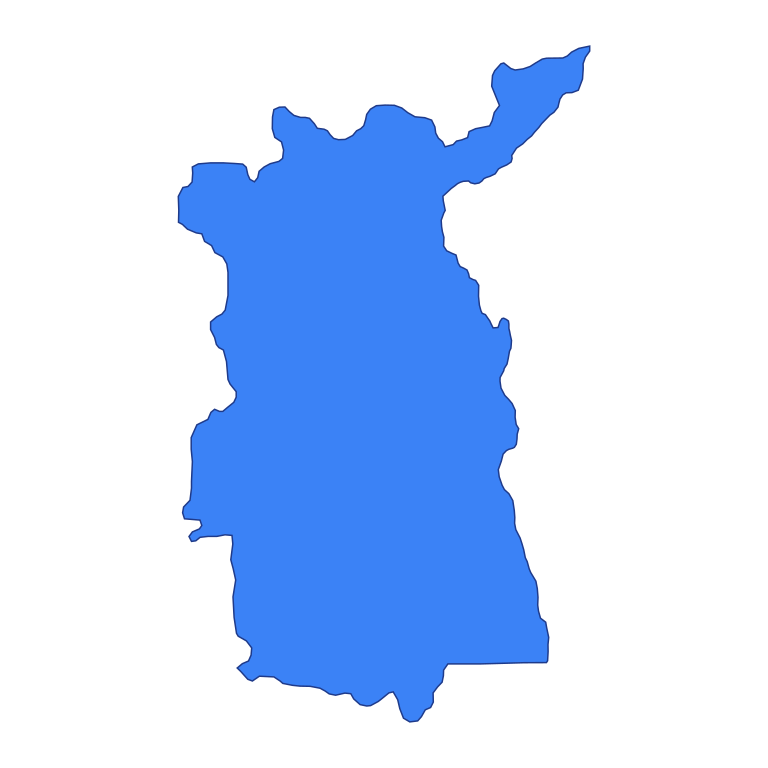 Petah Tiqwa, HaMerkaz, Israel
{"feature_id": "584046B54386898087809", "entity_name": "Petah Tiqwa", "entity_type": "district", "adm_level": 2, "iso_a3": "ISR", "parent_name": "Israel", "parent_adm1": "HaMerkaz", "projection": "mercator", "projection_center": [34.939, 32.126], "detail": "fine", "context": "isolated", "style": "filled", "palette": "blue", "viewbox_px": 768, "rotation_deg": 0, "n_neighbors": 0, "source": "geoboundaries", "source_scale": "gbopen_adm2", "svg_char_len": 4291}
<svg xmlns="http://www.w3.org/2000/svg" viewBox="0 0 768 768"><path d="M237.2,668.0L240.6,671.3L247.8,679.3L252.4,681.0L259.4,676.2L273.9,676.9L280.1,681.0L282.8,683.4L292.4,685.3L299.9,686.1L310.1,686.3L320.0,688.2L325.1,691.0L329.2,693.9L335.6,695.2L344.9,693.1L350.8,693.7L353.7,698.9L360.1,704.6L366.7,706.0L370.6,705.6L378.2,701.5L380.8,699.5L388.9,692.9L393.2,691.9L397.7,699.7L399.8,708.7L403.5,718.2L409.8,721.9L417.7,720.9L421.4,716.7L425.3,709.8L430.6,707.5L433.3,702.1L433.1,692.9L437.6,686.9L442.1,682.2L443.4,675.8L443.6,670.1L447.9,663.9L458.8,663.9L480.8,663.9L524.2,662.7L546.4,662.6L547.6,660.8L548.1,651.6L548.0,644.5L548.7,637.4L546.7,627.9L545.7,622.2L540.5,618.2L538.5,611.1L537.7,605.0L538.0,597.4L537.3,588.6L535.9,581.2L533.7,577.5L530.7,572.5L529.2,568.9L527.2,561.6L525.3,557.7L523.7,549.7L522.0,543.8L520.1,538.0L518.4,534.7L515.8,529.6L514.6,523.3L514.8,517.5L514.3,510.6L512.8,500.6L508.9,493.7L504.4,489.6L502.1,485.2L499.2,476.8L498.3,469.6L501.3,461.2L503.1,454.1L506.4,450.6L508.8,449.3L512.7,448.2L514.4,447.3L516.3,444.3L517.0,439.0L517.2,434.2L518.7,428.7L516.2,424.5L515.1,417.2L515.3,410.5L512.1,403.5L508.6,399.3L504.8,395.4L501.0,388.1L500.0,381.1L500.1,377.5L503.7,370.8L504.2,368.5L507.0,364.1L508.2,358.6L509.5,351.2L510.9,348.3L511.2,344.9L511.5,340.4L510.3,335.1L509.6,331.4L508.9,328.4L508.9,324.1L508.4,321.0L506.4,319.5L503.7,318.2L502.0,318.6L500.0,321.5L498.8,325.3L498.0,327.5L493.1,327.9L491.1,323.9L489.7,320.8L487.9,318.3L485.4,314.6L482.1,313.3L480.9,310.7L479.4,305.1L478.5,296.2L478.7,285.3L475.6,280.4L472.9,279.5L469.4,277.7L468.6,273.8L467.0,270.0L463.6,268.1L460.2,266.6L458.1,263.1L456.0,255.0L452.1,253.4L446.7,250.8L443.6,246.1L443.9,237.3L442.4,231.7L441.6,226.6L441.2,220.3L443.8,213.0L445.2,210.4L443.3,200.9L442.9,196.2L451.2,188.5L455.0,185.7L457.6,183.6L460.2,182.3L463.3,181.3L468.6,181.0L470.7,182.8L474.8,183.8L479.1,183.0L481.9,181.0L483.8,178.7L486.2,177.5L490.0,176.3L492.3,175.2L495.2,173.8L498.5,168.9L501.3,167.3L506.8,164.9L511.1,162.0L512.1,158.5L511.7,155.5L516.5,148.1L522.7,143.9L527.2,139.4L531.6,135.9L534.5,132.2L538.8,127.5L541.6,123.7L547.4,117.7L549.9,115.1L553.9,112.3L558.0,107.1L558.8,103.5L560.0,99.0L561.1,97.4L562.6,95.0L566.2,92.8L572.0,92.6L578.3,90.2L582.5,79.1L583.2,68.7L583.1,63.7L585.4,57.2L589.7,51.1L589.7,46.1L578.8,48.4L571.6,52.1L567.3,56.0L562.8,58.0L546.6,58.2L542.2,59.1L535.9,62.8L530.1,66.5L523.1,68.9L515.1,70.0L510.8,68.5L503.8,63.0L500.9,63.8L494.7,70.8L492.5,75.5L491.7,86.2L496.0,96.9L499.5,105.5L494.3,112.5L492.1,120.9L489.6,125.9L482.8,127.3L475.6,128.7L469.1,131.6L467.6,137.6L461.7,139.9L456.5,141.1L453.2,144.6L445.0,146.8L442.5,141.7L438.4,138.2L435.7,133.1L434.9,126.9L431.6,120.1L424.8,117.7L415.0,116.8L407.8,112.7L401.8,108.0L394.4,105.3L385.0,105.1L376.3,105.7L370.4,109.2L366.7,114.4L365.6,119.7L363.8,125.7L360.7,128.7L356.6,130.8L352.7,135.5L345.3,139.4L338.5,139.7L333.6,138.4L330.1,134.7L327.4,130.8L324.1,129.2L317.3,128.3L314.4,123.8L309.5,118.3L305.2,117.4L300.5,117.4L293.9,115.4L289.2,111.5L285.0,107.0L279.3,107.2L273.9,109.6L272.5,117.0L272.3,128.7L274.8,137.4L281.5,141.9L283.6,150.1L282.6,158.4L278.9,161.4L270.2,163.7L264.1,167.0L259.1,171.3L257.7,177.7L254.4,181.8L249.9,179.3L247.8,174.6L246.2,167.2L242.7,164.1L234.7,163.5L223.6,162.9L210.4,162.9L198.3,163.9L192.3,167.0L192.7,173.0L192.1,182.0L188.0,186.5L182.9,187.5L178.3,196.4L178.8,210.6L178.5,222.3L182.3,224.3L187.5,229.2L196.3,232.9L201.8,233.8L204.6,241.4L211.6,245.6L214.9,252.6L222.8,256.9L226.8,263.9L228.0,272.4L228.0,284.0L228.0,295.5L225.2,310.1L221.9,314.1L216.7,316.8L210.6,322.0L210.6,329.6L214.6,337.5L216.4,344.5L218.9,347.6L223.4,350.0L226.5,361.6L228.0,379.5L230.1,384.1L236.2,391.7L236.2,397.2L233.8,402.3L227.4,407.5L222.8,411.4L219.5,411.4L214.6,409.3L210.9,412.4L207.9,419.4L196.9,424.8L191.2,437.6L191.2,449.2L192.4,461.6L191.5,481.4L191.5,488.1L190.0,500.3L183.6,507.0L182.6,512.8L184.5,518.8L200.0,520.1L201.8,525.5L199.4,528.9L192.4,531.9L189.0,536.5L191.5,541.4L195.8,540.8L200.1,537.3L208.0,536.4L216.8,536.4L225.0,534.8L232.0,535.4L232.8,544.0L230.8,559.7L233.2,568.7L235.7,580.0L233.0,596.9L234.1,617.4L236.5,633.3L238.2,636.2L246.4,640.9L251.7,647.9L251.1,655.1L248.5,661.0L242.3,663.7L237.2,668.0Z" fill="#3b82f6" stroke="#1e3a8a" stroke-width="1.5"/></svg>